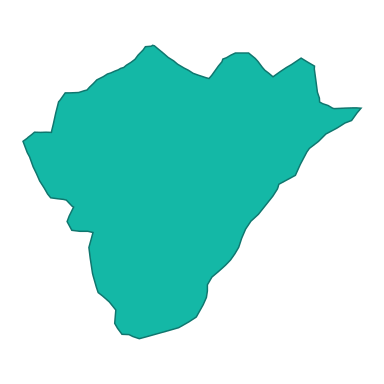 the district of Al-Hamdaniya, Ninawa, Iraq
{"feature_id": "34846034B85609080446552", "entity_name": "Al-Hamdaniya", "entity_type": "district", "adm_level": 2, "iso_a3": "IRQ", "parent_name": "Iraq", "parent_adm1": "Ninawa", "projection": "robinson", "projection_center": [43.429, 36.19], "detail": "fine", "context": "isolated", "style": "filled", "palette": "teal", "viewbox_px": 384, "rotation_deg": 0, "n_neighbors": 0, "source": "geoboundaries", "source_scale": "gbopen_adm2", "svg_char_len": 1890}
<svg xmlns="http://www.w3.org/2000/svg" viewBox="0 0 384 384"><path d="M226.5,57.7L222.8,59.1L222.0,61.7L218.5,65.9L215.0,70.8L211.7,75.4L209.0,78.5L206.3,77.8L197.8,75.0L193.1,73.3L188.5,70.3L184.0,68.0L177.6,64.2L173.7,60.9L168.1,57.4L163.9,53.7L158.8,49.5L154.4,45.8L152.6,45.3L151.3,46.2L147.6,46.5L145.4,46.7L143.1,50.0L138.1,55.1L135.0,59.3L130.9,62.4L126.4,65.2L123.7,67.5L120.6,68.4L118.3,69.8L114.6,71.2L110.9,72.9L107.4,74.0L103.4,76.6L101.0,77.8L96.8,79.9L93.3,83.6L89.8,86.9L86.9,90.1L84.6,90.6L78.7,92.5L69.4,92.9L66.3,92.9L65.2,92.9L59.9,100.4L58.6,101.8L55.8,112.8L53.3,124.2L51.8,130.3L51.4,132.4L45.9,132.2L40.7,132.4L34.5,132.2L31.8,134.5L27.9,137.5L27.5,138.0L25.1,139.8L23.0,141.3L24.2,144.5L27.3,152.7L29.6,156.9L33.1,166.7L36.4,173.5L39.7,181.0L44.3,188.2L47.6,194.0L50.7,197.8L57.3,198.7L63.5,199.4L66.3,200.1L72.1,206.2L73.6,207.1L69.2,216.0L67.1,221.6L71.8,230.3L79.8,231.3L87.8,231.3L93.0,232.5L91.2,239.1L88.9,247.5L90.2,258.1L92.5,273.3L93.1,275.7L96.4,287.3L98.2,292.6L102.6,296.0L109.3,301.9L115.8,310.0L114.7,323.4L117.6,328.4L122.0,334.3L129.0,334.6L132.8,336.5L139.3,338.7L146.7,336.7L169.9,330.2L178.6,327.7L189.0,321.8L196.3,317.0L203.2,304.7L206.4,297.5L207.4,290.9L207.4,284.8L211.9,277.1L219.3,270.8L225.5,265.2L230.5,260.0L234.8,253.9L238.7,247.3L241.7,238.2L245.6,229.1L250.9,221.2L258.4,214.3L272.8,196.2L277.4,189.0L278.0,187.3L278.8,184.3L295.4,175.3L300.3,164.4L306.9,151.9L309.4,148.4L318.5,141.4L325.9,134.0L337.1,128.0L345.0,123.0L351.6,120.5L356.9,113.1L361.0,108.2L356.8,107.9L352.7,107.9L345.8,108.1L334.5,108.6L332.8,108.3L328.1,105.5L322.7,103.7L319.6,102.0L319.4,98.1L317.4,92.2L316.1,82.2L314.3,68.9L314.5,66.1L307.3,61.9L301.1,58.1L291.6,64.5L286.4,67.5L280.4,71.5L273.0,76.8L268.6,73.1L264.9,70.3L262.3,67.3L257.9,61.4L255.2,58.4L248.6,53.0L235.4,53.0L230.9,55.1L226.5,57.7Z" fill="#14b8a6" stroke="#0f766e" stroke-width="1.5"/></svg>